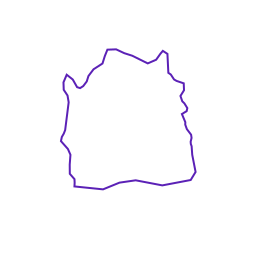 the border of Kirsehir, rotated 228°
{"feature_id": "TUR-2286", "entity_name": "Kirsehir", "entity_type": "Province", "adm_level": 1, "iso_a3": "TUR", "parent_name": "Turkey", "parent_adm1": "", "projection": "robinson", "projection_center": [34.21, 39.339], "detail": "fine", "context": "isolated", "style": "outline", "palette": "violet", "viewbox_px": 256, "rotation_deg": 228, "n_neighbors": 0, "source": "natural_earth", "source_scale": "10m", "svg_char_len": 881}
<svg xmlns="http://www.w3.org/2000/svg" viewBox="0 0 256 256"><g transform="rotate(228 128 128)"><path d="M101.3,182.9L102.3,177.4L94.0,174.5L92.2,172.8L87.8,171.0L80.8,170.4L78.1,168.6L75.9,165.4L74.1,164.0L71.9,163.1L65.1,157.8L50.1,148.8L47.4,139.8L62.4,115.1L84.0,98.7L93.1,85.1L99.1,68.4L120.4,49.1L123.0,51.7L125.8,54.0L132.9,54.1L139.8,60.2L146.6,67.3L152.6,69.3L163.1,69.4L165.6,72.8L166.8,76.5L168.5,79.9L186.8,101.1L192.6,104.8L199.4,105.8L205.1,110.6L208.6,118.1L201.0,119.4L192.4,117.5L189.7,119.1L189.1,122.8L190.2,128.5L193.1,133.4L194.7,141.7L193.0,152.2L196.9,158.8L200.0,165.1L194.4,171.8L186.1,175.3L178.9,179.5L162.8,185.9L159.9,194.6L161.5,201.8L162.0,205.5L156.7,206.9L142.0,194.9L139.1,195.6L133.3,194.7L130.5,195.6L123.9,199.3L118.6,194.9L116.7,188.4L111.5,186.2L108.6,186.4L103.1,185.4L101.3,182.9Z" fill="none" stroke="#5b21b6" stroke-width="2"/></g></svg>